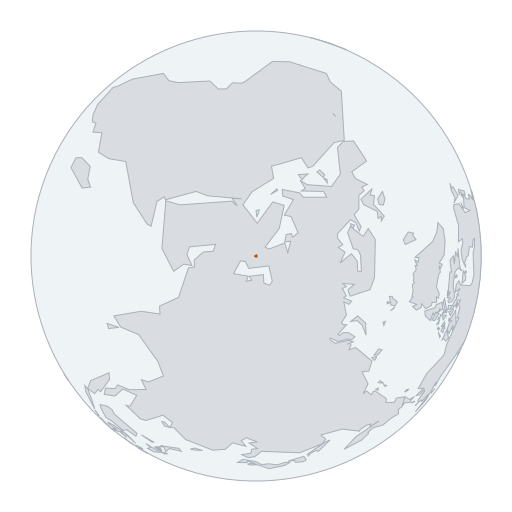 Gədəbəy on an orthographic globe, rotated 117°
{"feature_id": "AZE-1678", "entity_name": "Gədəbəy", "entity_type": "District", "adm_level": 1, "iso_a3": "AZE", "parent_name": "Azerbaijan", "parent_adm1": "", "projection": "orthographic", "projection_center": [45.628, 40.56], "detail": "fine", "context": "on_globe", "style": "filled", "palette": "amber", "viewbox_px": 512, "rotation_deg": 117, "n_neighbors": 0, "source": "natural_earth", "source_scale": "10m", "svg_char_len": 10978}
<svg xmlns="http://www.w3.org/2000/svg" viewBox="0 0 512 512"><g transform="rotate(117 256 256)"><circle cx="256" cy="256" r="225" fill="#eef3f6" stroke="#a8b0b8"/><path d="M226.3,32.7L226.5,32.7L234.2,31.8L238.8,31.5L255.4,33.3L280.2,37.0L290.4,37.4L286.3,38.3L307.4,39.3L322.4,43.3L303.9,39.4L300.8,39.6L310.3,42.3L309.2,43.2L313.1,45.2L310.9,46.2L300.3,44.5L298.7,45.3L305.4,47.2L307.5,49.9L297.8,46.8L300.5,51.3L283.2,50.5L259.0,43.6L247.8,46.0L218.7,47.2L219.8,48.7L209.4,50.9L206.8,53.8L202.2,53.7L204.1,56.1L208.9,55.7L211.3,56.8L210.2,58.6L204.1,58.6L203.7,57.7L201.4,58.7L198.8,58.0L199.4,59.4L192.1,59.5L197.7,62.1L190.4,64.6L186.0,64.0L188.8,60.4L185.4,52.0L181.8,51.2L174.0,53.2L154.4,64.1L149.5,65.2L141.2,69.3L142.8,70.0L149.9,67.2L150.8,70.2L159.4,67.0L161.1,68.0L169.0,66.6L165.3,70.9L157.4,76.0L150.6,77.5L147.0,80.0L151.4,82.2L136.9,89.2L123.9,101.5L120.4,103.2L117.3,99.1L122.4,89.3L118.3,86.1L118.4,92.6L109.7,97.6L107.2,100.5L106.2,103.1L108.4,103.0L104.9,105.9L103.5,100.1L106.7,97.3L107.1,99.0L109.5,94.7L108.5,91.7L104.2,95.0L107.2,88.7L104.2,91.1L103.1,91.4L107.8,87.8L99.5,94.5L100.8,92.7L114.1,81.0L128.2,70.5L143.2,61.0L158.8,52.8L175.0,45.8L191.8,40.1L208.9,35.7L226.3,32.7ZM31.1,268.6L31.7,275.8L34.6,295.5L36.4,306.0L36.5,306.6L33.0,287.7L31.1,268.6ZM234.7,31.7L241.1,31.3L234.4,31.8L229.6,32.3L234.7,31.7ZM253.4,31.4L250.0,31.6L248.3,31.1L250.8,31.1L253.4,31.4ZM298.0,37.8L292.8,36.7L298.3,37.6L298.0,37.8ZM314.0,45.3L315.8,45.5L317.1,46.5L314.0,45.3ZM170.5,64.5L169.7,65.5L168.6,65.2L170.5,64.5ZM174.6,63.0L173.9,61.9L175.7,61.0L176.1,61.8L174.6,63.0ZM314.9,49.1L316.4,51.0L313.1,48.7L314.9,49.1ZM175.0,64.7L179.1,59.7L182.4,58.4L186.7,60.1L175.0,64.7ZM316.0,51.9L319.7,57.1L324.1,57.6L313.8,59.5L314.1,54.2L309.3,51.1L313.9,52.5L316.0,51.9ZM210.9,54.8L205.7,55.3L211.0,53.4L210.9,54.8ZM213.6,53.4L226.4,46.7L233.4,47.2L227.7,49.1L237.6,48.9L234.7,52.3L228.7,53.3L224.7,52.2L226.6,54.4L213.6,53.4ZM307.5,60.0L306.8,61.2L305.5,59.6L307.5,60.0ZM212.7,57.0L214.6,55.5L220.9,55.8L218.1,59.0L217.0,57.8L212.7,57.0ZM241.6,47.3L245.7,48.3L244.5,51.3L246.0,52.1L235.3,52.5L241.6,47.3ZM215.0,58.7L216.5,60.6L212.6,62.2L211.2,58.6L215.0,58.7ZM223.6,54.6L226.5,54.9L224.0,55.7L223.6,54.6ZM199.5,69.6L201.7,67.4L205.1,67.3L199.5,69.6ZM217.4,61.3L218.7,60.7L220.3,60.5L220.5,62.2L217.4,61.3ZM235.2,54.7L233.9,55.9L239.5,54.7L238.9,57.2L231.8,57.1L234.6,58.2L234.4,59.0L228.9,58.1L235.2,54.7ZM225.4,63.3L216.3,64.6L211.5,68.5L208.3,68.6L216.6,62.3L225.4,63.3ZM228.0,60.3L225.7,62.2L222.9,61.2L222.7,59.3L228.0,60.3ZM241.0,59.0L243.8,55.2L245.2,55.4L241.0,59.0ZM224.6,64.6L226.8,64.3L224.6,65.0L224.6,64.6ZM236.6,60.9L237.3,59.4L239.0,59.7L236.6,60.9ZM230.6,65.1L227.7,65.4L227.4,64.1L230.6,65.1ZM233.8,63.3L235.8,64.0L229.1,63.4L233.9,62.6L233.8,63.3ZM238.0,61.3L239.2,61.0L237.4,61.9L238.0,61.3ZM233.1,70.3L224.8,69.9L224.3,66.8L232.5,67.5L233.1,70.3ZM67.7,314.1L61.4,276.2L67.3,268.7L70.4,254.8L112.8,229.9L119.6,237.9L150.4,246.2L153.9,249.7L147.8,260.2L169.1,282.9L178.8,275.5L200.4,288.6L216.3,290.9L226.3,269.8L200.2,265.6L198.1,253.9L220.9,247.8L244.0,251.9L243.9,247.5L231.3,236.3L238.7,229.1L227.2,231.8L230.3,236.8L223.2,238.9L219.9,234.6L222.6,232.0L216.2,229.0L204.9,242.8L206.8,249.3L188.8,248.3L190.4,259.3L184.8,262.8L180.0,245.7L182.1,240.3L171.5,219.7L167.8,225.1L177.5,245.2L173.5,242.7L168.5,251.1L169.2,242.8L159.7,220.2L144.8,218.0L122.2,232.7L114.3,230.2L109.2,221.3L121.1,200.6L137.5,208.9L141.9,202.5L141.7,189.3L146.7,193.2L148.6,189.2L155.2,191.9L167.4,185.6L174.5,187.4L182.2,175.7L186.9,175.3L181.0,182.2L180.7,188.3L198.6,193.4L203.0,191.7L206.6,183.8L211.0,186.6L212.2,178.4L224.0,177.9L210.6,172.0L214.5,163.6L223.2,158.6L222.1,155.0L207.9,163.2L204.4,167.6L205.3,172.8L193.7,184.9L186.9,185.3L189.9,169.3L180.6,168.5L187.1,157.2L221.4,140.6L234.2,139.1L249.1,153.9L244.4,158.8L236.7,155.6L241.1,166.2L242.1,161.6L245.8,164.2L250.5,157.4L253.3,159.0L252.9,150.2L256.9,151.3L257.1,156.9L267.4,148.7L276.6,149.5L277.6,147.0L276.0,144.1L288.7,147.6L288.8,145.6L284.7,143.6L282.3,138.6L283.1,131.2L287.4,132.8L287.7,135.7L295.0,144.4L295.2,152.3L297.0,152.3L297.9,145.9L289.1,135.1L288.3,130.3L293.2,134.7L291.3,132.7L292.3,130.8L297.3,130.6L292.3,125.6L297.0,105.0L307.3,103.2L311.1,109.0L319.0,98.1L329.9,98.0L326.1,96.1L327.3,90.3L323.9,90.1L322.2,88.8L323.8,75.3L327.5,73.8L323.9,66.8L321.9,66.0L319.0,66.6L313.8,59.5L324.1,57.6L328.0,59.5L331.8,57.5L340.2,62.5L348.9,66.1L355.9,73.6L362.2,76.2L363.0,75.2L372.1,78.4L388.2,89.7L371.8,85.0L347.0,71.5L356.8,77.1L353.6,77.4L356.5,80.5L363.5,84.6L365.0,84.1L371.1,100.6L386.1,117.0L387.4,110.8L393.3,111.7L411.5,127.7L427.5,162.4L435.4,166.1L439.2,171.3L439.5,178.5L434.1,171.1L430.1,172.2L426.9,167.2L425.7,177.2L421.1,170.6L422.4,182.1L427.3,185.4L430.1,178.6L433.2,192.1L442.2,195.6L448.6,206.2L451.5,235.3L446.3,250.9L447.2,255.0L442.3,254.7L440.1,266.6L452.5,279.4L453.6,285.2L448.0,303.9L447.1,299.9L434.3,299.1L435.0,314.3L444.8,318.2L448.2,328.4L442.0,330.1L438.1,321.3L433.6,320.7L432.7,308.2L424.8,293.3L418.3,301.9L416.8,294.3L404.9,284.0L394.5,295.6L379.3,324.9L380.7,344.4L373.9,355.4L357.4,333.3L351.3,315.2L344.4,319.2L328.1,306.2L297.4,310.8L293.8,305.9L287.8,309.2L276.4,304.8L271.2,296.3L264.0,297.3L278.1,319.4L286.0,318.3L293.6,308.8L296.0,316.7L307.0,322.4L292.1,343.2L247.8,361.4L244.8,346.7L218.1,302.4L219.6,297.6L219.6,297.0L219.3,296.0L215.5,303.6L211.4,294.5L224.2,326.1L225.7,338.8L247.1,362.2L244.8,364.4L252.1,369.0L277.1,363.0L276.9,367.7L264.3,389.4L230.9,415.0L236.1,431.3L235.1,443.5L216.1,449.3L219.7,457.5L210.2,458.9L210.8,462.7L204.2,465.3L192.5,465.9L170.6,459.8L167.7,456.5L154.5,446.4L135.4,421.5L139.3,413.2L136.7,403.8L121.0,376.5L124.3,365.4L120.5,358.2L112.4,355.6L108.2,346.7L103.5,343.9L75.2,329.7L67.7,314.1ZM95.7,248.3L94.0,252.2L94.0,252.3L95.7,248.3ZM267.1,267.5L281.9,268.0L277.6,253.9L282.9,253.1L279.5,248.8L277.2,252.9L269.2,241.0L276.5,236.7L275.9,230.5L270.9,230.1L259.0,240.1L270.3,256.8L265.9,262.7L267.1,267.5ZM109.8,97.9L109.8,98.5L108.1,101.4L107.5,100.6L109.8,97.9ZM108.8,111.9L103.1,116.3L106.8,112.4L104.9,111.9L110.1,103.5L119.0,103.7L114.0,104.9L108.8,111.9ZM119.6,93.0L115.3,97.9L119.7,92.6L119.6,93.0ZM152.9,165.7L154.1,169.7L150.0,173.5L141.1,172.6L146.8,166.9L152.9,165.7ZM156.7,174.6L162.2,159.8L168.0,160.2L163.8,162.4L167.1,164.2L161.2,168.2L161.3,183.6L157.8,188.2L143.2,183.1L149.9,182.1L148.4,178.0L156.7,174.6ZM166.1,126.0L168.6,120.9L178.0,128.2L174.6,132.2L165.4,131.2L164.1,125.9L166.1,126.0ZM181.8,69.1L182.2,67.6L183.9,67.5L185.0,68.7L181.8,69.1ZM200.3,68.6L182.1,76.0L181.6,74.5L171.6,81.3L166.3,80.2L172.9,75.7L161.4,80.2L165.3,75.7L157.6,79.4L173.0,69.5L176.0,66.1L174.6,70.3L179.4,71.3L182.4,70.8L193.1,66.8L202.0,60.4L208.1,61.0L210.1,63.0L208.9,64.6L205.3,63.7L206.3,66.5L200.1,66.4L200.3,68.6ZM229.8,93.6L226.1,90.7L227.1,98.6L221.0,97.7L221.5,98.6L216.1,100.1L210.4,103.7L207.9,102.6L206.8,104.5L203.2,105.6L200.7,108.0L195.5,107.0L192.1,109.9L191.6,107.8L187.1,113.2L188.1,108.8L183.5,110.3L185.0,113.7L162.7,105.1L152.7,105.8L143.7,108.9L146.5,101.7L156.7,94.4L169.9,88.8L179.2,89.6L178.8,86.4L183.1,86.0L181.6,88.6L186.5,84.4L189.7,84.8L201.4,81.3L206.5,75.5L210.9,74.3L210.5,76.8L215.2,73.9L217.4,78.0L220.6,77.3L226.0,80.9L223.3,86.6L227.1,85.5L231.4,88.5L229.8,93.6ZM234.4,71.4L232.7,77.8L228.4,80.6L220.8,73.2L217.6,73.3L212.6,69.1L218.8,65.3L219.7,66.8L222.0,67.4L219.1,68.3L223.1,68.0L224.4,70.1L227.9,70.5L226.4,72.4L234.4,71.4ZM159.3,246.9L162.3,248.5L167.2,249.6L164.2,255.2L159.3,246.9ZM152.5,231.6L155.4,231.9L153.5,239.8L150.4,238.4L152.5,231.6ZM158.6,225.7L155.7,231.3L155.5,227.4L158.6,225.7ZM183.8,182.2L187.1,182.2L186.8,184.2L184.3,186.5L183.8,182.2ZM231.5,118.7L230.0,116.2L231.4,115.4L232.7,109.1L237.3,109.6L238.4,113.6L231.5,118.7ZM220.9,273.0L215.4,276.6L213.4,274.2L215.7,273.4L220.9,273.0ZM187.7,266.5L194.5,271.0L186.8,267.9L187.7,266.5ZM236.8,118.2L236.8,115.5L239.1,117.5L236.8,118.2ZM240.8,109.7L243.8,111.4L238.1,109.0L240.8,109.7ZM274.4,441.8L261.2,461.0L250.3,461.0L247.4,455.9L251.5,444.4L263.9,440.8L269.7,434.7L274.4,441.8ZM468.8,325.8L470.5,322.6L470.2,323.5L468.8,325.8ZM467.3,327.3L469.5,323.0L466.5,329.7L467.3,327.3ZM470.3,321.4L472.6,315.3L473.6,312.0L473.1,314.0L470.3,321.4ZM465.5,330.3L454.3,345.8L449.2,349.7L450.9,345.5L459.1,336.5L465.5,330.3ZM450.5,345.9L442.0,346.7L426.9,334.0L432.4,330.4L447.5,332.9L446.6,336.2L451.8,337.2L450.5,345.9ZM468.8,308.3L467.9,316.7L462.1,324.8L459.2,327.5L457.3,320.5L458.4,314.1L461.0,311.1L468.1,281.5L471.1,281.2L469.5,292.3L471.8,295.2L468.8,308.3ZM381.8,345.7L387.6,354.4L383.6,358.0L381.8,345.7ZM469.0,264.2L467.4,277.0L468.2,262.1L469.0,264.2ZM468.2,251.8L469.3,255.3L467.3,253.7L468.2,251.8ZM449.0,260.5L446.4,264.7L445.4,262.0L448.0,255.0L449.0,260.5ZM453.5,215.2L457.1,223.4L457.9,226.9L455.0,223.5L453.5,215.2ZM276.6,122.0L269.5,129.9L267.6,136.6L271.3,141.8L263.1,138.2L266.1,127.8L276.6,122.0ZM294.0,106.7L290.7,102.8L294.1,102.6L295.3,103.5L294.0,106.7ZM290.7,105.7L283.0,104.5L282.4,101.1L288.6,102.6L290.7,105.7ZM259.7,110.6L257.3,112.8L255.5,111.1L259.7,110.6ZM448.0,373.9L449.2,371.9L452.6,366.0L448.0,373.9ZM472.7,316.8L475.7,305.5L476.5,301.9L472.7,316.8ZM480.5,274.5L480.6,273.7L481.0,267.5L480.4,271.8L481.2,262.5L481.2,263.6L480.5,274.5ZM478.4,287.3L478.2,289.6L477.8,290.0L478.4,287.3ZM479.1,283.6L480.0,279.7L478.8,285.8L479.1,283.6ZM473.1,294.3L473.8,297.3L476.1,289.0L474.4,297.4L475.2,301.5L474.4,305.6L473.7,300.9L472.4,310.7L471.3,312.9L471.3,306.8L472.8,295.4L473.8,289.4L477.5,278.2L473.1,294.3ZM479.3,277.9L478.9,273.9L479.1,269.1L479.6,270.3L479.3,277.9ZM476.6,265.3L474.3,262.9L473.1,269.0L474.5,252.6L476.7,257.5L476.6,265.3ZM473.1,254.6L472.1,260.2L472.5,251.4L473.1,254.6ZM471.3,258.9L470.1,254.8L471.5,252.7L471.3,258.9ZM473.8,253.0L472.3,244.7L473.9,247.8L473.8,253.0ZM466.9,245.8L471.5,247.5L467.3,251.8L462.4,237.4L463.9,233.9L466.9,245.8ZM445.4,169.1L442.4,165.9L442.4,162.0L444.4,165.3L445.4,169.1ZM439.6,147.8L441.4,160.0L442.4,170.4L444.2,170.2L448.3,178.6L443.2,175.3L439.3,163.0L439.3,156.4L435.2,150.0L432.6,142.5L426.7,136.4L424.2,131.9L429.6,135.5L439.6,147.8ZM424.1,134.2L412.8,122.5L414.7,118.7L417.6,120.3L422.0,127.2L420.7,128.8L424.1,134.2ZM410.6,118.7L409.3,120.3L389.9,109.5L386.3,106.5L402.0,111.8L401.6,113.7L406.0,117.2L410.6,118.7ZM309.3,61.7L307.1,61.2L308.9,60.7L309.3,61.7ZM320.3,88.9L318.2,87.0L320.4,86.3L320.3,88.9ZM313.7,81.6L312.7,83.7L312.0,80.8L313.7,81.6ZM310.7,88.8L311.4,84.3L313.3,89.6L310.7,88.8Z" fill="#d9dde1" stroke="#a8b0b8" stroke-width="1"/><path d="M255.2,255.6L255.3,255.4L255.6,255.3L255.7,255.5L255.8,255.5L256.0,255.8L256.2,255.7L256.3,255.5L256.3,255.3L256.2,255.1L256.3,255.0L256.5,255.4L256.7,255.5L256.8,255.6L256.8,255.8L256.8,256.0L256.6,256.1L256.6,256.4L256.6,256.5L256.7,256.8L256.6,257.0L255.9,256.6L255.7,256.5L255.6,256.3L255.6,256.2L255.4,255.9L255.2,255.7L255.2,255.6ZM255.7,255.8L255.8,255.8L255.8,255.7L255.7,255.6L255.5,255.8L255.7,255.8Z" fill="#f59e0b" stroke="#b45309" stroke-width="1.5"/></g></svg>